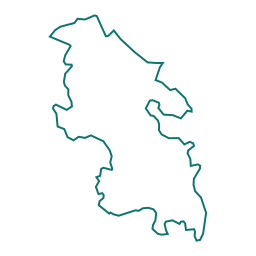 an SVG outline of Buckinghamshire
{"feature_id": "GBR-2040", "entity_name": "Buckinghamshire", "entity_type": "Administrative County", "adm_level": 1, "iso_a3": "GBR", "parent_name": "United Kingdom", "parent_adm1": "", "projection": "mercator", "projection_center": [-0.785, 51.775], "detail": "fine", "context": "isolated", "style": "outline", "palette": "teal", "viewbox_px": 256, "rotation_deg": 0, "n_neighbors": 0, "source": "natural_earth", "source_scale": "10m", "svg_char_len": 1682}
<svg xmlns="http://www.w3.org/2000/svg" viewBox="0 0 256 256"><path d="M113.8,30.5L120.7,39.2L134.6,52.1L147.6,62.4L156.0,63.0L162.8,63.0L159.8,67.5L155.6,80.1L161.9,82.5L170.2,90.1L175.4,88.7L185.2,98.3L187.6,104.2L191.5,108.7L191.6,111.6L187.3,110.7L180.9,118.4L172.9,115.2L163.6,114.6L158.3,107.9L159.4,105.1L158.8,102.7L152.5,100.2L149.8,100.7L145.8,108.4L150.6,115.4L153.6,115.9L157.9,120.5L159.1,124.1L159.0,130.4L161.7,134.5L168.8,138.2L178.7,138.1L184.4,144.4L189.8,141.8L193.2,143.4L194.0,145.9L188.2,150.4L187.6,153.3L190.3,159.0L190.8,165.9L197.9,164.4L200.2,165.7L199.9,168.7L193.9,178.7L193.5,184.7L195.1,191.2L201.0,197.5L206.1,212.9L203.1,233.7L200.1,239.9L196.5,240.6L194.6,236.1L195.0,231.6L194.0,229.2L186.0,230.0L185.1,223.4L183.5,221.4L180.9,221.7L179.5,223.9L172.3,220.3L165.8,221.7L164.6,224.1L166.0,230.3L167.7,233.9L161.8,234.7L157.8,233.8L152.5,228.9L153.0,225.1L155.4,220.4L156.2,213.1L153.6,209.4L148.4,207.8L142.8,208.3L138.7,210.8L135.5,210.3L118.7,215.7L113.5,214.3L110.4,212.5L109.2,213.6L98.8,205.2L99.6,201.1L103.4,198.0L103.7,195.2L102.3,193.2L98.5,194.0L95.9,186.9L99.1,181.1L96.4,177.2L100.1,175.9L101.2,168.9L103.3,167.8L111.7,169.9L112.2,168.6L110.2,162.4L111.7,156.3L109.8,150.4L103.4,141.3L90.9,135.4L85.0,137.9L78.7,136.8L73.5,140.3L67.6,137.2L64.3,129.1L57.6,126.5L56.4,113.7L53.0,108.5L53.7,106.0L55.9,104.6L66.7,109.9L71.9,106.4L71.5,102.0L68.3,95.3L68.3,89.3L64.9,85.6L63.9,82.0L65.2,73.8L71.9,66.2L71.6,64.7L65.7,64.4L63.7,61.3L65.2,55.4L70.6,46.1L69.4,44.7L57.7,39.9L49.9,36.6L55.2,30.1L60.4,26.7L74.4,23.0L77.5,18.8L85.0,19.5L94.6,15.4L96.8,16.1L105.9,36.3L108.5,35.7L113.8,30.5Z" fill="none" stroke="#0f766e" stroke-width="2"/></svg>